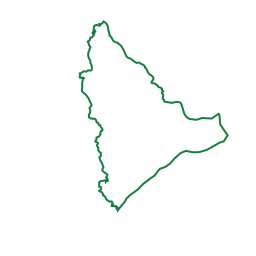 the district of Kulu Shaw Boe, Sinoe, Liberia, rotated 125°
{"feature_id": "62588387B37465422358714", "entity_name": "Kulu Shaw Boe", "entity_type": "district", "adm_level": 2, "iso_a3": "LBR", "parent_name": "Liberia", "parent_adm1": "Sinoe", "projection": "mercator", "projection_center": [-9.008, 5.564], "detail": "fine", "context": "isolated", "style": "outline", "palette": "green", "viewbox_px": 256, "rotation_deg": 125, "n_neighbors": 0, "source": "geoboundaries", "source_scale": "gbopen_adm2", "svg_char_len": 3994}
<svg xmlns="http://www.w3.org/2000/svg" viewBox="0 0 256 256"><g transform="rotate(125 128 128)"><path d="M84.0,116.3L83.7,116.6L82.8,117.1L81.6,117.5L80.6,118.3L80.1,119.8L79.7,120.5L79.0,120.5L78.3,120.2L77.6,120.3L77.6,121.5L77.6,121.9L76.4,122.6L76.3,124.2L76.6,125.3L76.9,126.8L76.4,127.6L76.2,128.9L76.1,130.1L76.1,130.4L76.5,132.2L77.3,133.8L77.5,134.6L76.9,135.1L75.2,135.1L73.3,135.2L72.6,135.8L72.0,136.9L71.5,139.1L71.7,140.6L71.6,142.0L71.0,143.4L69.7,145.7L68.8,147.8L68.7,148.9L68.0,149.4L67.5,150.4L67.5,152.2L67.8,153.3L68.0,154.7L67.9,155.5L67.9,156.0L68.4,156.9L69.3,157.8L69.8,158.6L69.9,160.3L69.8,162.9L69.8,163.5L69.7,164.9L69.8,165.9L70.2,167.2L70.3,168.0L70.4,169.6L70.1,170.3L68.8,172.9L67.0,175.6L65.9,177.9L64.8,180.3L64.7,180.6L64.4,183.3L64.2,185.1L64.8,187.4L65.0,189.0L64.9,190.4L64.9,190.6L64.2,191.7L63.5,193.2L62.6,195.8L62.4,196.1L62.2,196.4L62.4,196.5L61.5,197.2L59.4,200.0L57.1,201.9L55.4,204.3L54.7,206.6L54.8,209.1L57.0,209.1L58.3,209.7L59.2,211.0L60.2,209.7L61.0,210.8L61.5,212.8L63.2,214.1L64.2,214.1L66.6,213.0L66.9,211.6L67.1,211.1L67.6,211.9L68.1,211.9L68.2,210.8L69.5,211.6L70.5,211.6L70.8,210.8L69.9,209.8L71.4,209.4L73.9,209.4L75.3,210.2L75.6,210.6L75.9,210.4L76.5,210.3L78.0,209.7L79.3,210.2L80.3,210.5L80.8,209.9L80.8,209.1L81.5,208.5L82.4,207.8L82.7,206.4L83.5,205.1L85.5,204.7L87.3,204.1L89.0,203.8L90.2,202.9L91.6,202.1L92.3,201.2L93.0,200.5L93.7,199.2L94.7,197.2L96.1,196.4L96.6,195.6L97.1,194.4L98.3,193.0L98.8,192.6L99.5,191.9L101.0,191.2L101.3,191.2L102.0,191.3L102.6,191.9L103.7,193.6L104.8,194.3L105.7,194.4L106.2,195.3L107.0,196.8L107.6,197.1L108.5,197.4L110.3,198.2L110.8,198.6L111.0,198.8L111.3,198.3L111.5,197.9L112.2,197.4L113.0,197.3L113.7,197.0L114.3,196.4L114.3,195.7L112.7,194.0L112.5,193.7L112.3,193.2L112.5,192.7L112.9,192.8L113.6,193.1L115.1,192.4L116.3,191.9L118.5,190.6L120.4,189.2L121.6,188.6L123.0,187.8L123.9,187.2L124.4,186.5L124.5,185.6L124.7,183.6L124.7,182.6L125.0,181.2L125.8,179.0L126.3,177.5L126.4,177.2L126.7,176.7L127.3,175.7L128.1,174.5L129.2,172.4L129.7,171.7L130.2,170.9L131.4,170.9L132.8,170.9L133.7,171.0L133.9,170.8L134.2,170.4L134.6,169.7L135.4,168.7L136.8,168.1L137.8,167.8L138.2,167.7L139.2,167.7L140.9,166.7L141.5,166.3L141.7,164.5L140.6,162.2L139.5,160.6L139.9,158.6L141.3,157.0L141.2,156.3L140.9,155.3L142.1,153.7L141.7,152.3L142.7,151.2L143.7,148.1L144.1,147.9L145.0,147.6L145.9,148.4L147.9,147.8L149.0,146.8L151.5,146.8L152.9,147.8L154.0,148.4L155.0,147.4L156.3,147.2L157.7,147.2L157.9,146.7L157.4,145.3L157.7,143.8L158.6,143.6L160.1,143.6L160.7,142.4L161.2,141.0L163.2,139.7L163.9,137.8L164.0,135.9L165.2,135.1L166.9,134.1L168.5,134.6L170.1,132.7L171.9,129.0L174.1,125.7L176.4,125.3L177.5,124.6L177.9,122.4L177.9,119.5L178.0,118.1L179.7,117.6L180.9,117.7L181.1,116.3L181.9,115.3L182.8,114.2L183.5,114.6L183.7,115.4L184.6,115.4L183.4,116.3L185.2,117.7L186.7,119.5L187.7,120.1L189.1,120.5L189.9,119.7L191.3,118.9L192.7,117.9L192.0,116.1L193.3,115.0L195.1,115.3L196.0,115.5L195.7,112.4L196.5,110.4L197.4,110.0L197.4,108.7L197.3,107.4L198.5,105.8L198.8,104.3L199.0,103.6L199.0,101.4L199.0,100.8L198.0,100.2L197.6,99.0L198.6,97.2L199.3,96.4L199.9,97.4L201.2,96.6L200.0,94.7L198.9,93.0L199.3,90.2L200.3,91.4L201.2,89.2L201.3,89.1L197.6,89.0L192.0,88.5L189.3,88.4L186.5,88.8L181.4,87.7L177.1,86.2L172.4,84.6L165.6,83.6L164.2,83.2L162.4,82.6L156.9,80.9L151.7,78.9L146.8,78.8L143.3,78.5L138.1,74.9L133.1,73.1L126.1,72.4L118.1,70.4L113.6,67.5L110.3,60.3L106.5,55.4L100.7,50.9L93.1,47.2L87.1,44.4L85.6,43.2L84.1,41.9L76.8,42.2L75.8,44.9L74.0,49.9L73.7,50.6L72.8,52.9L72.8,53.0L72.2,54.5L64.8,60.7L64.4,62.0L72.2,64.8L77.1,72.7L77.3,73.0L82.0,76.6L85.3,82.7L85.4,84.8L85.5,86.3L84.1,90.0L79.3,96.0L78.4,97.2L77.4,98.9L77.3,99.2L77.4,100.6L77.8,101.5L78.5,102.7L79.1,103.6L80.7,105.0L81.9,106.1L82.7,107.2L83.2,108.3L83.3,108.4L83.7,109.7L83.8,109.8L84.8,111.4L85.2,112.6L85.3,112.9L85.3,113.7L84.3,114.6L84.2,115.3L84.2,115.7L84.1,116.0L84.0,116.3Z" fill="none" stroke="#15803d" stroke-width="2"/></g></svg>